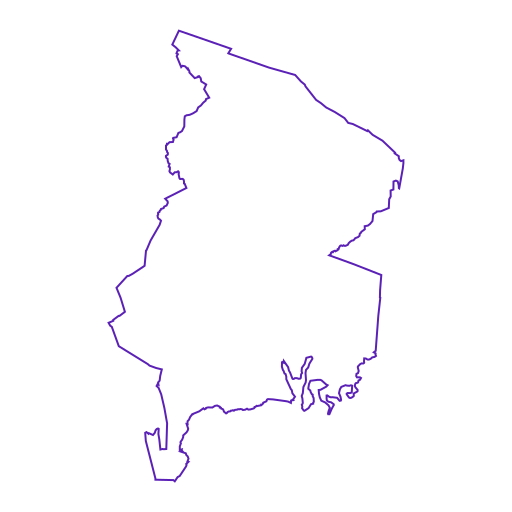 the district of Epitacio Huerta, Michoacán, Mexico
{"feature_id": "50627088B38339693807546", "entity_name": "Epitacio Huerta", "entity_type": "district", "adm_level": 2, "iso_a3": "MEX", "parent_name": "Mexico", "parent_adm1": "Michoacán", "projection": "albers", "projection_center": [-100.284, 20.143], "detail": "fine", "context": "isolated", "style": "outline", "palette": "violet", "viewbox_px": 512, "rotation_deg": 0, "n_neighbors": 0, "source": "geoboundaries", "source_scale": "gbopen_adm2", "svg_char_len": 6091}
<svg xmlns="http://www.w3.org/2000/svg" viewBox="0 0 512 512"><path d="M155.4,478.4L155.4,479.7L173.4,480.1L174.8,481.3L177.6,477.1L179.7,476.0L186.0,466.5L186.6,464.9L186.2,464.0L188.4,461.9L187.4,461.6L188.5,458.7L187.7,456.4L186.3,455.0L185.8,453.3L181.1,451.7L182.5,451.3L181.6,450.2L181.8,449.4L179.8,449.9L179.8,446.4L180.9,443.3L180.5,442.7L180.6,441.8L182.2,439.6L183.2,437.0L183.2,435.4L186.5,432.4L187.7,430.5L188.2,428.8L186.7,424.2L187.6,424.5L187.7,424.2L187.4,423.2L187.6,421.2L189.0,419.7L190.1,417.1L191.8,414.8L192.6,414.4L192.5,414.1L199.3,411.3L203.4,408.3L204.5,409.3L205.9,408.6L206.1,407.9L208.1,407.4L212.4,407.5L214.9,405.9L217.1,405.5L219.8,406.7L219.8,407.6L221.0,407.8L221.3,408.7L222.6,409.0L223.2,409.6L224.0,411.7L226.1,413.4L226.9,413.0L227.5,412.1L228.7,411.5L230.1,411.4L231.0,410.6L231.6,410.7L233.0,410.2L233.9,410.7L234.9,409.9L237.3,409.6L238.0,409.2L239.4,409.3L240.3,409.0L242.0,409.3L242.9,410.0L245.2,409.7L247.0,408.7L248.3,409.6L250.4,409.4L253.8,408.4L254.6,407.6L254.6,407.0L255.5,406.8L256.5,405.9L256.8,406.1L261.0,405.3L261.1,404.7L261.7,404.8L263.1,403.5L263.2,402.7L266.4,401.3L267.0,399.6L268.0,399.1L273.0,399.4L286.1,401.2L288.1,401.6L290.9,402.9L291.1,400.5L292.2,400.0L292.7,400.3L293.5,400.1L293.2,399.2L295.0,396.7L292.4,393.3L291.8,390.2L290.9,389.2L286.3,379.2L286.3,376.7L285.6,374.1L284.5,373.5L283.6,370.9L282.9,370.0L281.9,366.7L282.0,362.2L282.3,362.0L283.6,362.7L283.8,361.0L288.1,367.1L288.9,370.5L290.1,372.6L292.4,378.6L292.9,379.0L293.8,378.9L294.9,378.1L296.7,378.1L298.8,378.8L300.2,378.6L300.8,377.9L301.1,374.3L302.1,373.0L301.6,371.2L301.9,367.8L304.7,363.9L306.4,357.8L311.0,356.6L311.5,356.7L312.2,357.8L312.4,358.8L309.4,363.6L308.2,367.5L306.0,369.9L305.5,373.0L306.0,380.1L305.6,382.6L303.4,387.0L302.8,393.2L301.7,396.0L302.4,398.5L302.8,402.9L302.5,403.9L301.8,404.7L302.3,406.4L302.1,408.3L303.8,410.6L304.5,410.8L308.6,408.1L311.0,404.2L313.2,403.7L313.2,402.6L313.8,401.8L313.6,398.0L312.7,396.2L312.7,394.6L311.8,394.2L310.6,391.9L310.3,390.5L308.4,388.9L308.3,388.3L309.0,384.0L310.4,380.8L317.2,379.9L320.4,379.9L321.6,380.4L326.2,384.5L327.6,385.2L326.3,386.6L320.5,389.8L318.7,390.0L319.0,393.8L319.8,397.4L321.3,400.7L325.1,402.4L328.5,405.3L329.8,407.8L328.6,411.1L328.0,413.6L328.2,414.2L329.4,414.2L331.7,408.8L333.8,405.0L333.7,404.2L331.1,402.3L328.3,401.7L326.9,400.5L326.6,398.7L326.6,395.5L327.3,395.4L329.2,396.8L330.9,397.3L332.5,397.2L337.1,397.8L339.6,400.8L340.8,400.6L341.1,399.9L340.5,396.7L339.0,393.2L339.9,389.3L341.3,386.9L345.5,385.2L347.0,385.6L349.3,385.8L351.0,385.3L352.2,385.7L351.7,392.5L350.0,393.1L347.7,393.0L346.7,393.6L346.7,394.3L349.0,397.5L350.1,398.0L351.5,397.7L353.4,396.4L353.8,395.9L353.7,393.5L357.0,391.7L357.6,391.1L357.6,389.9L355.5,387.4L354.9,386.2L354.9,385.2L355.4,383.6L355.9,383.1L357.7,382.7L358.2,382.1L358.5,380.5L360.1,379.7L361.0,378.0L359.9,377.3L356.9,377.3L356.2,376.0L356.5,373.8L358.0,373.1L358.7,371.0L357.8,367.4L357.9,366.5L360.2,364.1L361.6,363.4L363.2,363.5L363.9,363.1L364.2,362.6L364.0,361.4L364.2,358.4L365.8,358.5L367.4,359.5L368.8,359.6L370.7,358.8L372.2,357.4L374.6,356.9L376.0,355.9L375.5,354.6L375.6,353.4L373.8,352.3L375.7,350.8L378.3,315.9L380.3,297.7L379.9,297.5L380.1,290.1L381.3,275.0L354.0,264.3L329.2,255.3L330.8,254.1L331.0,252.9L331.6,252.2L332.9,252.3L333.2,251.9L333.0,251.5L334.6,250.8L335.4,250.8L335.6,251.2L337.6,250.2L337.7,249.1L338.6,249.1L339.1,247.4L340.2,245.8L341.1,245.4L342.4,245.9L343.6,245.3L344.2,245.8L345.6,245.8L347.8,244.8L348.7,243.1L350.3,241.6L351.9,240.6L353.2,240.4L354.2,239.6L355.2,238.2L358.0,237.1L359.5,235.8L359.8,233.6L361.1,232.6L361.3,231.8L364.8,229.3L364.7,226.2L367.9,225.6L370.0,224.0L372.5,221.0L373.2,214.1L376.4,212.2L376.7,211.5L380.8,211.3L388.8,208.0L389.2,199.2L390.7,196.5L390.6,190.5L393.4,189.5L393.5,181.5L395.9,180.6L397.7,181.4L398.7,185.1L398.9,188.2L399.2,188.4L402.8,168.5L403.4,163.2L403.4,160.3L401.0,161.1L399.6,160.0L398.8,158.2L398.8,156.2L394.7,153.4L395.1,152.7L382.5,140.7L372.6,134.8L367.9,130.3L367.3,131.1L352.8,124.0L348.2,122.9L344.5,118.1L334.8,112.0L326.2,107.5L320.9,103.1L316.1,99.9L305.5,86.4L304.8,84.6L301.0,81.5L295.2,75.0L269.0,67.6L228.7,53.5L228.3,53.3L231.1,48.8L178.9,30.7L172.3,44.6L175.7,47.3L178.8,50.4L177.7,50.5L176.9,52.2L176.5,53.4L177.9,54.2L176.7,56.2L181.2,67.1L182.4,65.8L184.2,66.1L185.3,66.5L187.7,69.3L188.0,68.7L189.4,71.2L189.4,72.5L194.7,78.1L198.2,77.0L198.0,76.5L199.0,76.1L200.7,78.2L201.3,81.5L206.2,84.5L204.1,89.2L209.2,97.7L206.0,99.1L205.7,100.6L203.2,102.7L200.9,105.5L198.2,107.4L196.6,111.1L192.9,113.4L189.7,114.8L186.5,115.3L184.8,116.3L184.4,119.5L184.3,126.4L182.0,131.0L180.1,132.3L178.4,132.9L176.6,137.2L173.2,137.9L173.0,138.6L173.6,139.7L172.9,142.0L169.5,142.2L167.8,143.9L167.0,143.8L167.0,144.8L166.0,145.5L166.0,149.5L166.9,150.7L167.2,152.2L167.8,152.8L167.9,153.9L167.7,154.7L166.0,155.8L165.9,156.9L166.4,157.9L167.6,158.8L167.7,160.9L168.5,163.2L169.6,163.9L168.7,166.6L169.9,167.3L169.9,169.5L169.4,171.1L170.0,172.4L172.8,174.5L174.7,172.3L176.7,172.2L178.1,171.3L178.6,171.7L178.9,172.9L178.6,174.0L179.4,178.1L180.1,179.0L182.7,178.9L183.6,179.7L184.0,181.4L184.0,183.5L184.7,183.8L186.4,188.0L165.2,198.7L167.6,201.3L167.8,202.9L166.6,205.5L164.2,206.6L163.6,208.1L161.0,209.0L160.7,210.0L159.8,210.7L159.4,212.1L158.1,212.6L158.0,213.0L158.2,214.6L157.5,215.6L157.8,217.4L158.4,218.6L159.9,219.5L161.0,220.7L159.6,224.9L150.6,240.5L146.4,250.4L146.0,250.6L144.6,265.8L132.6,273.8L128.8,275.9L127.3,276.0L116.5,287.8L120.6,297.8L124.9,311.8L119.5,315.9L118.6,315.9L113.2,319.9L113.3,320.8L108.6,322.8L110.2,325.7L111.8,326.8L118.8,346.2L147.8,364.1L149.5,365.6L156.1,368.0L161.8,369.4L160.2,376.0L159.7,380.2L159.3,381.2L158.1,382.4L158.5,384.8L157.5,384.3L156.6,386.0L158.6,387.9L161.2,394.3L164.4,408.1L167.1,423.3L166.3,449.0L163.9,449.2L162.5,449.0L160.4,449.5L159.3,439.4L158.4,434.0L158.7,428.9L158.0,428.5L156.7,429.0L155.6,430.3L154.8,432.8L153.0,435.0L148.9,433.2L148.5,433.8L146.5,432.1L145.2,432.8L145.8,440.9L155.4,478.4Z" fill="none" stroke="#5b21b6" stroke-width="2"/></svg>